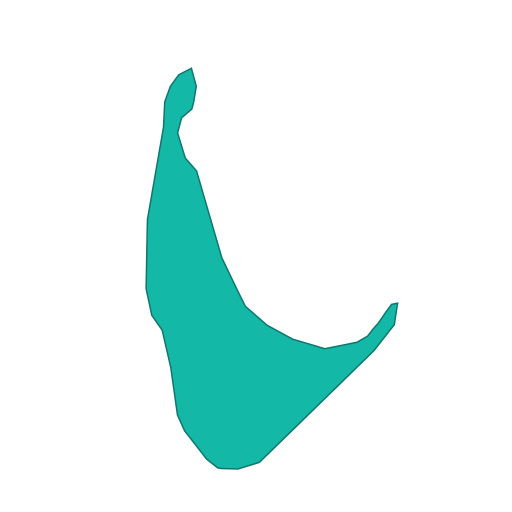 outline of Nantucket, Massachusetts, United States of America, rotated 73°
{"feature_id": "52423323B47905601981877", "entity_name": "Nantucket", "entity_type": "district", "adm_level": 2, "iso_a3": "USA", "parent_name": "United States of America", "parent_adm1": "Massachusetts", "projection": "natural_earth1", "projection_center": [-70.11, 41.315], "detail": "fine", "context": "isolated", "style": "filled", "palette": "teal", "viewbox_px": 512, "rotation_deg": 73, "n_neighbors": 0, "source": "geoboundaries", "source_scale": "gbopen_adm2", "svg_char_len": 761}
<svg xmlns="http://www.w3.org/2000/svg" viewBox="0 0 512 512"><g transform="rotate(73 256 256)"><path d="M57.6,262.9L58.6,268.4L60.2,277.0L68.6,288.2L81.9,298.2L105.8,306.8L189.5,349.2L255.0,370.6L258.2,370.9L282.3,373.0L299.5,367.4L337.8,370.1L385.2,377.6L402.3,375.4L435.8,362.6L447.4,354.6L449.1,351.3L454.4,335.5L454.3,313.1L434.8,275.2L381.0,170.9L362.1,143.8L342.5,134.4L342.5,134.5L341.9,140.5L344.4,143.8L346.9,147.3L355.9,158.6L360.0,165.3L365.3,172.8L368.0,184.7L365.4,211.2L364.8,217.3L346.3,245.2L325.5,265.6L301.0,280.9L288.3,283.0L287.9,283.1L274.1,285.2L247.7,289.2L157.3,288.0L146.1,293.0L141.7,295.0L115.4,295.0L102.3,286.9L102.1,286.7L96.7,274.4L90.6,270.6L76.3,263.5L57.6,262.9Z" fill="#14b8a6" stroke="#0f766e" stroke-width="1.5"/></g></svg>